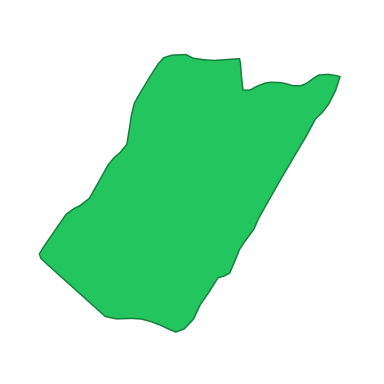 the district of Bayi-Brikolo, Haut-Ogooué, Gabon, rotated 355°
{"feature_id": "22940354B11019670045233", "entity_name": "Bayi-Brikolo", "entity_type": "district", "adm_level": 2, "iso_a3": "GAB", "parent_name": "Gabon", "parent_adm1": "Haut-Ogooué", "projection": "mercator", "projection_center": [14.109, -0.581], "detail": "fine", "context": "isolated", "style": "filled", "palette": "green", "viewbox_px": 384, "rotation_deg": 355, "n_neighbors": 0, "source": "geoboundaries", "source_scale": "gbopen_adm2", "svg_char_len": 961}
<svg xmlns="http://www.w3.org/2000/svg" viewBox="0 0 384 384"><g transform="rotate(355 192 192)"><path d="M349.5,90.0L346.7,88.9L338.0,86.6L328.4,86.6L323.0,89.3L315.0,94.1L308.8,95.7L301.5,94.8L293.7,91.8L289.6,90.7L279.6,89.5L273.9,90.0L266.6,92.1L258.6,95.5L251.7,95.0L251.3,80.4L251.5,68.3L250.9,63.3L225.7,62.9L215.7,61.4L204.8,58.8L197.9,54.6L184.1,53.9L175.6,55.7L169.4,61.5L160.1,73.5L149.2,88.5L142.5,98.1L138.3,110.2L135.6,121.6L131.3,138.7L123.9,146.4L117.5,150.9L111.0,157.4L89.3,189.3L79.6,195.6L73.0,198.2L64.7,203.2L40.5,232.4L34.5,240.4L35.7,244.9L41.5,251.5L94.8,308.5L105.6,311.8L121.3,312.7L130.4,314.1L139.3,317.3L149.5,322.2L157.1,326.8L163.7,330.1L172.4,327.7L182.5,318.7L190.3,305.1L200.1,293.3L210.4,279.7L216.1,278.7L222.5,276.0L230.3,261.4L234.4,253.2L239.4,246.9L250.6,234.2L255.7,224.6L281.3,187.3L311.2,145.5L321.2,130.2L328.9,123.9L335.9,116.2L343.9,103.3L349.5,90.0Z" fill="#22c55e" stroke="#15803d" stroke-width="1.5"/></g></svg>